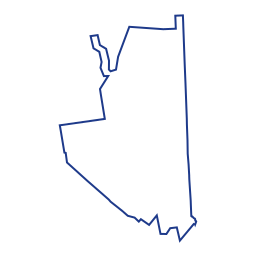 outline of Carroll, New Hampshire, United States of America
{"feature_id": "52423323B18021300180262", "entity_name": "Carroll", "entity_type": "district", "adm_level": 2, "iso_a3": "USA", "parent_name": "United States of America", "parent_adm1": "New Hampshire", "projection": "natural_earth1", "projection_center": [-71.154, 43.884], "detail": "fine", "context": "isolated", "style": "outline", "palette": "blue", "viewbox_px": 256, "rotation_deg": 0, "n_neighbors": 0, "source": "geoboundaries", "source_scale": "gbopen_adm2", "svg_char_len": 1034}
<svg xmlns="http://www.w3.org/2000/svg" viewBox="0 0 256 256"><path d="M187.7,153.7L187.5,140.5L187.1,129.8L186.9,124.5L186.8,118.8L185.5,83.8L184.9,69.2L184.7,64.3L183.3,26.4L183.2,22.8L183.2,22.7L182.9,15.4L175.3,15.7L175.8,28.7L163.3,29.2L129.3,26.8L118.1,56.8L116.0,69.6L110.6,71.3L108.9,69.5L109.0,60.7L106.1,48.8L99.9,45.1L97.6,35.1L92.9,35.8L90.6,36.1L93.5,48.3L99.3,51.8L101.6,62.0L100.5,67.8L103.9,76.1L108.2,76.0L100.0,89.0L100.9,94.9L104.8,118.9L59.8,125.3L60.7,130.4L64.4,152.6L65.7,152.9L67.0,162.5L87.4,180.9L108.7,199.5L108.8,199.6L110.6,201.7L122.2,210.9L127.8,215.8L134.6,217.6L138.8,221.6L140.9,219.2L149.1,224.9L156.8,215.4L160.5,233.9L166.4,234.0L170.2,228.2L176.8,227.4L179.9,240.6L193.6,224.2L193.7,224.3L195.1,224.0L195.2,224.3L196.2,221.5L196.0,221.1L195.7,221.0L195.3,220.6L195.1,219.0L194.8,218.6L193.8,218.1L192.3,216.5L191.9,216.6L191.3,216.1L190.8,203.7L190.7,200.7L189.3,179.3L189.3,179.1L189.2,176.3L189.2,175.4L188.6,164.7L187.7,153.7L187.7,153.7Z" fill="none" stroke="#1e3a8a" stroke-width="2"/></svg>